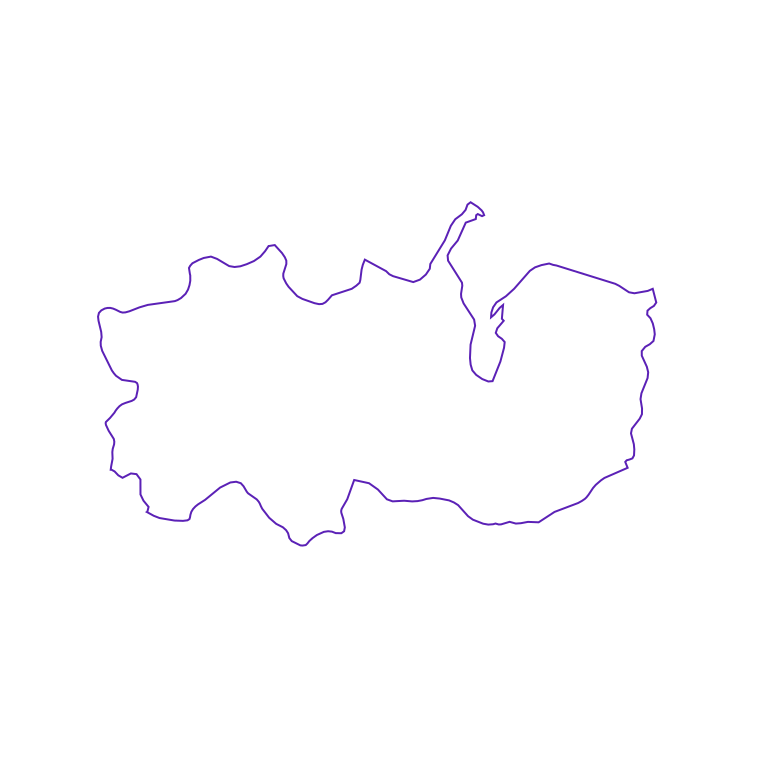 the border of Seti, rotated 245°
{"feature_id": "NPL-1129", "entity_name": "Seti", "entity_type": "District", "adm_level": 1, "iso_a3": "NPL", "parent_name": "Nepal", "parent_adm1": "", "projection": "albers", "projection_center": [81.176, 29.231], "detail": "fine", "context": "isolated", "style": "outline", "palette": "violet", "viewbox_px": 768, "rotation_deg": 245, "n_neighbors": 0, "source": "natural_earth", "source_scale": "10m", "svg_char_len": 3886}
<svg xmlns="http://www.w3.org/2000/svg" viewBox="0 0 768 768"><g transform="rotate(245 384 384)"><path d="M368.2,115.0L368.3,115.6L372.1,118.7L379.9,116.7L386.8,116.6L400.4,122.9L406.9,121.6L409.9,116.8L409.5,107.4L413.5,104.6L418.6,102.9L421.5,100.8L421.8,100.1L424.5,101.8L430.9,106.4L437.1,109.0L439.8,110.7L443.4,113.9L445.7,115.2L448.4,115.9L458.0,114.7L464.4,114.7L466.2,115.2L467.1,115.9L469.0,121.3L471.9,127.5L473.3,129.6L474.5,131.9L475.7,134.9L476.3,138.0L476.1,141.8L475.3,148.2L475.5,151.0L476.8,153.8L482.9,158.4L485.6,159.9L487.9,160.5L489.3,160.5L491.2,159.3L498.5,148.2L504.7,144.6L507.9,143.7L511.3,143.1L533.1,142.6L538.4,143.5L541.9,145.0L545.8,147.9L550.7,149.7L562.0,152.0L565.9,153.3L568.9,155.7L570.2,158.9L570.4,162.8L569.8,165.5L568.7,168.0L566.9,170.3L564.7,172.3L560.8,175.4L559.2,177.3L558.2,179.9L557.5,184.0L556.8,194.8L555.5,203.4L547.5,229.5L547.3,232.4L547.7,236.4L549.6,242.3L552.4,246.3L555.8,249.5L559.5,252.1L564.3,254.3L565.8,254.6L571.6,256.3L573.1,258.4L574.4,261.4L574.7,268.6L574.4,273.9L572.6,281.0L567.9,285.6L556.3,293.5L553.2,298.0L551.4,303.5L550.6,310.2L550.4,318.1L551.7,325.8L554.6,332.3L557.8,337.7L556.1,343.7L545.8,346.9L540.7,347.7L537.1,347.6L534.0,346.2L526.6,339.4L524.4,338.3L522.2,337.7L516.5,337.9L512.4,338.6L500.3,342.5L495.6,346.0L486.6,355.2L483.8,358.9L482.6,362.1L482.8,365.5L484.0,368.9L486.4,374.3L483.9,395.0L484.8,400.4L486.1,404.7L488.3,406.5L497.1,412.0L500.9,415.1L504.8,419.2L485.4,433.6L481.2,435.2L477.9,437.8L464.0,453.6L463.4,460.7L465.5,468.2L469.1,474.2L473.2,476.7L488.5,499.9L499.1,511.4L503.2,518.2L504.9,526.3L507.3,531.5L511.3,535.5L512.1,539.3L505.0,543.8L500.2,545.8L497.7,546.3L494.7,546.1L494.7,543.8L498.4,540.8L498.0,538.9L494.7,536.9L495.7,526.3L482.9,511.5L478.4,502.0L473.7,496.0L468.7,494.2L442.9,497.5L440.0,496.5L433.1,491.9L429.8,490.6L423.4,490.2L404.3,492.9L398.3,491.2L383.1,479.1L371.2,472.9L364.9,470.7L359.0,469.8L353.3,471.4L347.0,475.1L342.2,479.6L340.7,483.6L355.2,499.0L366.1,508.1L371.0,511.1L375.2,509.9L379.1,507.6L383.1,506.9L386.6,510.2L390.7,519.2L393.3,518.4L405.3,525.3L404.1,521.0L400.4,513.5L399.2,509.2L403.5,511.6L407.4,515.3L410.4,520.4L412.0,531.6L415.3,542.2L424.9,564.0L425.9,570.2L425.2,577.0L423.4,584.6L420.5,587.6L418.5,590.4L377.1,635.9L373.5,638.7L363.6,644.8L360.4,649.3L356.9,662.4L356.7,667.8L342.8,665.2L340.7,661.6L340.2,657.4L339.1,653.8L335.6,651.8L331.0,653.3L325.3,653.2L319.4,652.0L314.6,650.4L309.1,646.4L307.7,641.6L307.3,636.5L304.9,631.5L300.7,629.6L288.5,629.5L283.0,628.4L278.0,625.4L266.8,613.4L261.9,610.1L252.7,607.5L247.6,605.0L244.5,601.1L238.7,589.8L234.9,587.0L223.9,585.0L218.9,583.2L213.6,580.4L211.6,577.7L211.8,574.6L212.3,571.7L211.4,569.7L205.1,569.4L205.1,568.6L205.7,544.1L205.0,540.0L203.1,533.3L201.4,529.5L197.2,522.6L195.7,519.6L195.0,517.6L194.4,514.0L194.1,509.6L196.0,484.5L193.3,465.7L198.2,456.2L200.0,449.2L201.8,444.5L206.0,439.6L207.3,430.8L208.2,428.6L210.4,426.1L210.8,423.6L212.5,419.1L215.5,414.8L223.5,407.2L228.7,404.3L242.9,400.0L247.1,397.3L251.0,393.8L256.6,386.1L260.0,380.4L261.9,373.9L262.5,369.6L263.7,364.9L265.7,359.9L269.7,352.9L274.0,342.2L278.3,337.9L290.9,333.9L300.4,328.5L309.6,316.4L295.1,302.0L288.8,293.0L288.2,292.4L287.0,291.5L285.3,290.9L278.9,290.1L270.6,287.9L267.4,285.6L266.8,282.3L269.2,277.3L272.2,274.4L274.2,271.1L275.4,267.0L275.5,259.3L274.5,254.0L273.3,250.1L271.8,247.1L271.1,245.0L272.0,241.9L273.1,240.0L280.6,234.0L284.4,233.1L289.3,234.0L292.9,233.5L296.9,231.8L302.8,227.2L311.3,223.4L322.4,220.9L325.4,220.8L328.1,220.9L330.3,220.7L333.2,219.9L342.4,214.6L344.4,214.1L350.7,213.5L354.6,212.3L357.9,208.7L359.7,203.1L359.4,191.7L354.6,172.9L353.5,164.6L352.7,161.3L351.4,158.1L349.6,155.4L347.3,153.3L345.1,151.8L343.8,150.6L343.5,148.3L344.9,144.0L348.8,136.4L357.4,123.9L361.9,119.6L368.2,115.0L368.2,115.0Z" fill="none" stroke="#5b21b6" stroke-width="2"/></g></svg>